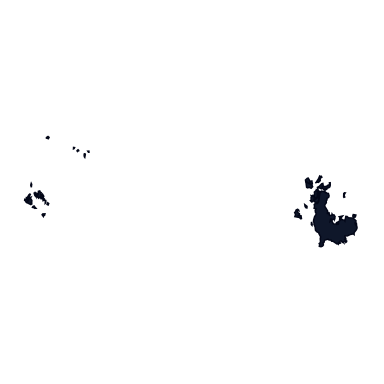 the district of Bintan, Kepulauan Riau, Indonesia, rotated 183°
{"feature_id": "22746128B62804497316712", "entity_name": "Bintan", "entity_type": "district", "adm_level": 2, "iso_a3": "IDN", "parent_name": "Indonesia", "parent_adm1": "Kepulauan Riau", "projection": "equal_earth", "projection_center": [105.325, 0.913], "detail": "fine", "context": "isolated", "style": "filled", "palette": "ink", "viewbox_px": 384, "rotation_deg": 183, "n_neighbors": 0, "source": "geoboundaries", "source_scale": "gbopen_adm2", "svg_char_len": 5832}
<svg xmlns="http://www.w3.org/2000/svg" viewBox="0 0 384 384"><g transform="rotate(183 192 192)"><path d="M54.9,195.3L55.7,197.7L57.6,197.9L57.9,198.4L58.7,198.2L59.0,199.1L62.7,199.7L64.5,196.6L64.6,190.3L65.4,187.9L66.3,187.0L68.4,186.9L69.3,185.9L68.9,184.2L69.2,182.1L67.3,181.7L68.0,179.9L67.6,178.0L67.0,177.5L66.9,176.2L68.3,173.8L69.1,170.3L69.1,168.5L68.4,167.7L68.6,166.3L67.2,163.6L66.7,160.3L65.4,158.9L63.1,157.9L63.1,157.1L61.2,154.0L61.5,152.2L61.1,149.0L61.5,147.8L62.3,147.2L61.8,146.3L62.0,144.4L60.3,144.1L58.8,144.8L58.0,146.0L58.5,148.1L57.6,148.5L57.2,150.4L56.5,151.1L53.7,152.0L52.7,151.3L50.5,151.2L50.1,150.2L48.5,150.1L44.5,147.7L43.5,148.0L43.1,147.5L42.7,148.3L41.2,148.7L41.7,149.8L42.3,149.7L41.3,150.9L40.3,150.9L39.3,149.6L38.8,150.0L37.8,149.2L38.0,149.9L36.9,150.8L36.0,150.7L35.9,150.2L35.5,150.8L35.1,150.4L34.9,151.1L35.8,151.6L35.9,152.8L36.9,152.8L36.5,153.6L36.1,153.4L36.0,153.6L37.1,155.6L36.9,156.2L34.5,156.3L31.8,157.8L28.7,158.6L27.9,158.0L28.0,159.9L25.9,162.9L25.3,164.7L25.5,166.0L27.2,167.9L27.2,168.9L27.7,169.6L26.9,170.6L26.7,171.8L29.7,174.4L34.3,174.4L35.9,175.7L37.1,175.7L37.8,171.2L38.2,171.9L39.7,171.9L41.7,173.1L41.9,171.9L44.3,170.0L43.9,168.3L44.2,167.4L45.4,167.2L45.1,168.8L45.5,169.3L46.1,168.9L46.5,167.5L49.0,167.4L51.3,171.0L52.5,169.9L52.1,172.4L51.6,172.6L50.1,171.5L48.8,172.5L48.6,173.5L48.2,172.2L47.9,173.4L48.3,173.7L47.8,174.8L49.0,176.6L50.4,176.5L51.0,177.4L51.2,176.0L52.9,175.8L53.5,176.0L54.0,178.2L54.4,177.9L54.7,178.3L55.1,177.6L55.7,177.6L55.6,180.2L58.8,184.9L58.5,186.5L57.3,188.3L57.5,190.2L56.9,190.9L56.7,192.9L55.3,193.7L54.9,195.3ZM352.3,171.0L351.5,171.6L352.3,172.1L352.1,173.0L351.5,172.9L351.5,175.3L352.6,176.6L352.8,177.4L353.1,177.1L352.6,178.2L353.3,177.8L353.5,176.8L354.7,175.7L354.9,174.6L355.8,173.5L355.8,174.2L355.0,175.1L355.4,176.0L356.1,175.4L356.4,175.8L355.9,175.9L355.5,176.9L355.2,176.4L354.4,178.2L353.8,178.4L354.2,179.2L353.3,181.1L353.8,181.5L354.7,180.7L356.2,177.8L357.1,177.8L357.1,176.5L357.8,175.8L358.6,176.0L358.7,174.9L357.8,174.3L357.1,173.1L352.3,171.0ZM81.9,170.9L81.3,171.2L81.9,174.0L84.2,174.2L83.5,174.8L83.6,176.0L85.5,177.2L85.7,178.2L84.8,179.1L84.3,178.9L84.5,179.5L85.6,180.3L87.0,179.6L87.8,177.4L88.4,176.9L87.4,174.9L88.0,172.8L83.5,172.2L81.9,170.9ZM73.2,202.0L71.8,203.6L72.5,205.1L77.8,207.5L78.5,206.6L77.8,202.7L77.0,202.2L74.9,202.7L73.2,202.0ZM342.1,177.5L341.4,177.3L341.4,179.7L341.9,181.5L342.3,181.1L342.4,181.8L342.9,181.8L342.6,183.5L343.5,183.8L344.1,185.1L345.4,184.7L345.4,181.9L346.4,182.2L346.0,181.3L345.9,179.0L344.8,177.8L344.1,178.6L343.5,178.5L343.3,179.2L342.6,177.8L342.3,178.2L342.1,177.5ZM58.3,201.4L57.5,201.9L57.1,203.1L55.7,203.4L54.6,204.4L54.3,206.1L54.5,208.5L55.2,208.4L55.0,207.5L55.7,206.1L57.0,205.7L57.7,204.8L59.8,204.3L61.4,204.8L62.2,204.1L62.0,202.9L60.7,201.9L60.5,202.0L60.4,202.2L60.4,201.6L58.6,202.3L58.3,201.4ZM69.8,194.3L68.1,192.0L67.5,192.9L66.6,194.9L67.0,197.2L66.5,199.0L65.5,199.9L65.9,200.5L66.7,200.6L67.1,199.8L68.4,199.8L69.8,198.3L69.4,195.8L69.8,194.3ZM72.0,188.3L70.7,188.8L69.4,192.6L71.0,195.1L71.5,194.6L72.0,195.1L71.7,194.3L72.8,194.6L72.3,193.3L72.8,192.8L72.6,190.0L73.3,189.6L72.0,188.3ZM62.8,201.9L62.1,202.2L62.4,204.2L61.3,205.2L61.8,207.4L62.9,207.0L65.3,204.2L67.0,203.2L66.7,202.1L65.6,203.0L62.8,201.9ZM75.1,206.6L74.6,207.2L74.9,208.2L74.6,208.8L76.7,212.0L77.6,211.7L79.3,209.9L78.9,207.9L78.0,208.2L75.1,206.6ZM68.9,188.5L65.8,188.2L65.1,191.6L66.2,193.9L67.8,191.4L69.5,190.4L68.9,188.5ZM69.4,207.5L67.4,208.4L66.2,208.2L65.7,208.7L64.5,210.1L64.7,211.5L65.4,211.3L65.5,211.6L65.4,212.0L66.0,212.5L68.6,208.0L69.4,207.5ZM72.6,206.0L72.2,206.4L72.9,209.3L74.5,208.8L74.8,208.4L74.5,207.3L74.7,206.4L72.6,206.0ZM29.1,175.1L27.6,175.6L27.2,177.3L28.3,177.0L28.5,177.3L28.9,177.5L29.1,177.7L28.3,177.3L28.2,177.8L29.8,177.9L30.2,176.3L29.1,175.1ZM43.1,172.5L42.1,172.5L41.7,174.1L40.4,175.9L43.7,175.0L43.0,174.2L43.1,172.5ZM65.4,211.6L64.7,211.7L64.3,212.7L63.1,213.6L63.8,214.5L64.3,214.1L65.3,214.7L66.0,212.9L65.4,212.2L65.4,211.6ZM340.5,161.4L339.1,159.7L338.7,160.9L338.0,161.1L337.7,162.5L339.9,162.3L340.5,161.4ZM77.2,182.1L76.4,182.1L76.4,183.7L78.7,185.3L78.3,183.3L77.2,182.1ZM65.5,198.9L66.1,197.6L65.8,196.2L65.2,196.3L64.3,199.1L65.5,198.9ZM338.7,239.9L340.2,238.8L340.2,238.2L338.2,237.7L337.6,239.1L338.7,239.9ZM40.0,194.6L39.2,195.0L39.9,196.4L39.5,198.2L38.9,199.1L39.7,199.2L40.4,198.4L40.3,195.0L40.0,194.6ZM353.4,190.4L352.7,188.3L352.5,191.3L353.0,192.2L353.4,190.4ZM301.4,222.7L301.4,221.6L300.9,221.0L300.5,224.0L300.9,224.6L301.5,224.5L301.7,223.1L301.4,222.7ZM348.7,167.9L348.3,168.6L349.0,169.8L350.1,169.2L350.5,168.3L348.7,167.9ZM336.1,172.0L335.0,171.5L334.5,173.0L335.5,173.7L336.1,172.0ZM341.0,179.4L340.2,178.7L339.8,180.0L340.8,181.5L341.0,179.4ZM340.3,175.6L338.8,176.1L339.1,177.4L339.7,177.6L339.9,176.7L340.2,177.1L340.3,175.6ZM349.0,181.0L348.7,181.6L348.5,181.1L348.1,182.0L348.8,183.9L348.9,182.4L349.5,182.4L349.0,181.0ZM338.0,173.0L337.5,173.5L337.5,175.2L337.6,175.9L338.0,176.0L338.0,173.0ZM347.3,180.6L346.8,179.0L346.2,181.0L346.8,182.1L347.3,180.6ZM70.4,165.0L70.3,166.0L71.1,168.4L71.1,165.7L70.4,165.0ZM65.8,194.5L65.8,193.6L65.6,193.0L64.8,195.0L65.8,194.5ZM348.0,167.5L347.0,167.6L348.0,168.6L348.0,167.5ZM297.0,226.3L297.1,227.4L298.2,227.3L297.5,226.3L297.0,226.3ZM308.6,226.6L308.1,227.6L307.4,227.2L307.3,227.6L308.0,228.2L308.5,227.8L309.0,227.1L308.6,226.6ZM312.6,230.3L312.6,228.9L312.0,229.2L311.6,230.2L312.6,230.3ZM59.2,200.6L58.8,201.3L59.1,201.7L60.1,201.1L59.2,200.6ZM348.0,179.8L347.4,178.6L347.5,180.7L348.0,179.8ZM67.8,199.8L67.2,200.3L66.9,200.9L67.9,200.9L67.8,199.8ZM65.9,195.6L65.5,195.0L64.6,195.5L65.1,196.0L65.9,195.6ZM26.0,168.1L26.2,169.5L26.5,169.6L26.3,168.3L26.0,168.1Z" fill="#0f172a" stroke="#020617" stroke-width="1.5"/></g></svg>